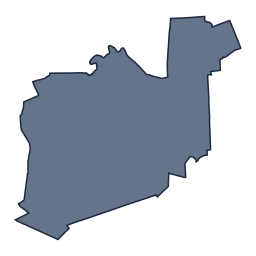 Dobrotesti, Teleorman, Romania
{"feature_id": "2599482B98180276767532", "entity_name": "Dobrotesti", "entity_type": "district", "adm_level": 2, "iso_a3": "ROU", "parent_name": "Romania", "parent_adm1": "Teleorman", "projection": "albers", "projection_center": [24.898, 44.284], "detail": "fine", "context": "isolated", "style": "filled", "palette": "slate", "viewbox_px": 256, "rotation_deg": 0, "n_neighbors": 0, "source": "geoboundaries", "source_scale": "gbopen_adm2", "svg_char_len": 5443}
<svg xmlns="http://www.w3.org/2000/svg" viewBox="0 0 256 256"><path d="M157.5,196.9L157.7,196.7L159.6,194.8L163.5,190.9L168.3,186.5L168.4,182.7L168.7,174.9L168.8,173.3L184.3,177.4L184.5,177.4L185.7,177.3L185.7,176.9L185.0,165.8L184.9,163.4L185.2,163.0L189.7,157.2L189.9,156.9L190.3,156.6L190.6,156.6L191.6,156.9L192.9,157.1L193.4,157.2L193.9,157.5L194.1,157.8L194.1,158.2L195.0,158.7L195.9,159.2L195.9,159.3L195.9,159.6L195.8,159.8L196.3,160.4L196.3,160.5L196.1,160.7L196.1,161.0L195.9,161.3L195.9,161.5L196.0,161.7L196.2,161.8L197.3,161.1L197.6,160.9L198.2,160.1L198.3,159.5L198.6,159.0L199.4,158.3L200.2,157.5L200.8,157.0L202.2,156.6L202.8,155.9L207.3,155.0L206.9,150.3L210.5,149.8L210.5,146.6L210.2,140.1L209.9,132.6L209.5,121.4L209.6,116.4L209.1,108.2L208.5,92.1L207.9,81.6L207.6,75.0L208.8,74.8L209.6,74.6L211.3,74.8L210.9,72.6L210.7,71.5L214.9,71.0L216.9,70.8L220.2,70.3L220.3,70.1L220.3,69.9L220.2,68.0L220.0,60.7L220.0,59.1L220.9,59.1L222.4,58.6L222.3,58.4L222.4,58.0L222.5,57.5L222.6,57.3L222.9,57.3L222.9,57.5L223.2,57.6L223.7,57.4L224.7,57.3L226.4,56.6L226.7,56.3L227.2,55.9L229.0,54.4L232.2,52.2L234.0,50.8L234.3,50.5L238.0,49.2L238.7,49.0L240.6,48.4L240.6,48.1L240.6,47.7L237.4,39.4L237.0,38.6L232.9,28.3L230.6,22.7L229.7,20.5L220.3,23.9L214.2,26.3L212.6,27.0L212.4,27.2L212.1,26.8L211.8,25.9L211.9,25.6L212.1,25.4L211.9,25.2L211.9,24.8L211.7,24.7L211.6,24.3L211.3,23.8L211.2,23.6L210.9,23.3L210.3,23.1L210.0,22.8L209.4,22.3L209.1,22.2L208.7,22.1L208.4,22.0L207.6,22.1L206.8,22.1L206.5,22.0L206.2,21.5L206.2,21.4L205.2,21.3L204.9,21.3L204.8,20.1L204.6,16.5L204.0,16.5L195.7,17.1L191.2,17.5L190.9,17.5L184.1,17.9L183.8,18.0L177.1,18.2L170.5,18.5L170.5,21.8L170.2,23.5L170.0,26.7L169.6,30.0L169.3,32.9L169.1,34.3L168.9,39.1L168.8,40.5L168.8,41.5L168.6,42.8L168.4,46.4L167.6,57.5L167.3,63.3L167.3,65.1L167.4,68.6L167.4,72.0L167.6,75.0L167.7,77.1L167.0,77.3L162.2,78.4L161.7,78.4L160.4,78.1L155.2,76.8L150.1,75.3L150.1,75.1L149.6,74.9L149.4,74.9L149.4,75.0L147.7,74.5L146.9,74.4L146.2,74.3L145.8,73.9L145.6,73.5L144.7,72.4L141.2,68.8L139.9,67.3L135.4,62.7L134.7,62.1L134.1,61.7L132.0,59.8L131.4,59.4L130.5,58.5L129.6,57.8L128.7,56.8L128.0,56.2L127.5,55.8L126.9,54.7L124.6,49.9L123.6,48.2L123.2,48.0L122.5,48.0L122.3,48.0L121.7,48.3L121.3,48.7L121.0,49.3L120.6,50.1L120.1,50.7L119.3,51.3L118.2,51.7L117.4,51.7L117.0,51.5L116.5,51.1L116.3,50.8L116.3,50.3L116.3,50.1L116.0,49.5L115.8,49.4L115.5,49.4L114.7,48.5L114.4,48.2L114.4,47.8L114.2,47.6L113.8,47.4L112.5,46.8L111.9,46.4L111.4,46.1L110.3,45.7L109.7,45.6L109.3,45.6L108.7,46.2L108.6,46.5L108.4,46.8L108.4,47.1L108.5,47.6L108.6,48.0L108.8,48.5L108.8,49.4L108.9,49.6L108.9,50.0L109.5,51.4L109.6,52.1L109.6,52.3L109.6,52.7L109.3,53.2L109.0,53.5L108.1,53.9L107.8,54.1L106.7,54.9L105.7,55.8L105.5,56.2L104.6,57.1L104.4,57.3L103.8,57.5L103.5,57.6L103.2,57.6L102.5,57.2L102.3,57.0L100.9,56.1L100.8,55.9L99.9,55.6L99.5,55.6L99.2,55.6L98.5,55.3L98.2,55.3L97.8,55.1L97.2,55.1L97.0,55.4L96.5,55.2L94.9,56.0L94.3,56.3L94.1,56.6L93.7,56.8L93.3,57.2L92.9,57.4L92.3,58.3L92.2,58.6L91.3,59.4L91.0,59.7L90.9,59.8L90.8,60.3L89.9,61.2L89.9,61.6L89.8,62.2L89.8,62.6L90.2,62.7L90.3,62.8L90.2,63.0L89.9,63.2L90.3,63.8L90.5,64.1L90.9,64.3L91.3,64.4L92.5,64.2L93.6,63.5L94.4,63.4L94.8,63.3L95.1,62.8L95.5,62.8L95.8,63.1L96.2,63.2L96.1,63.4L96.2,64.0L96.3,64.2L96.4,64.3L96.5,65.0L97.1,65.4L97.1,65.9L97.2,66.1L96.7,66.4L96.7,66.5L96.7,66.8L97.0,67.4L97.1,67.7L96.9,68.6L96.9,69.0L96.8,69.3L96.5,69.5L95.1,70.6L94.3,71.3L94.2,71.5L94.1,71.8L93.9,71.9L93.9,72.3L93.8,72.6L93.1,73.0L92.8,73.0L92.7,73.1L92.7,73.3L92.9,73.5L92.3,73.9L91.9,73.9L91.5,74.4L91.1,74.6L90.8,74.9L90.8,75.1L90.7,75.1L90.1,75.1L89.5,74.9L89.0,75.3L88.7,75.3L88.5,75.1L88.2,74.8L88.0,74.4L88.0,74.2L87.9,74.1L87.1,74.1L86.9,74.0L86.8,73.6L86.7,73.1L86.5,72.9L85.5,73.0L83.8,73.1L83.3,73.0L82.9,72.8L81.1,72.8L74.5,72.9L73.8,73.0L67.3,73.0L66.5,73.1L55.5,73.1L49.7,73.2L49.8,74.0L49.8,74.5L49.6,74.9L49.2,75.4L47.1,76.7L46.0,77.2L45.5,77.9L45.2,78.2L44.6,78.4L39.6,79.9L37.9,80.1L35.0,81.0L33.5,81.5L32.7,81.7L35.3,88.1L37.1,91.7L38.4,94.3L38.6,94.8L38.7,95.2L38.6,95.5L23.8,101.9L23.6,105.7L23.3,107.6L23.1,108.8L22.9,109.8L22.1,111.7L22.1,112.1L22.0,113.5L21.9,113.8L20.6,115.4L20.3,115.8L20.1,116.5L20.1,117.0L20.4,118.2L20.4,121.5L20.7,122.9L20.8,124.4L20.9,125.8L20.8,126.7L21.0,127.1L21.4,129.9L21.6,130.3L29.3,143.0L29.5,143.6L30.0,147.2L30.2,148.5L30.2,148.9L30.2,149.3L29.9,151.0L28.7,157.3L28.2,160.6L28.0,161.6L28.0,163.9L28.0,165.9L28.0,168.9L28.1,173.5L27.5,173.6L27.0,178.2L25.4,189.7L24.2,199.2L24.0,200.0L22.8,200.9L21.2,202.2L19.5,203.3L18.5,203.7L18.9,204.4L19.5,205.6L19.8,206.0L20.2,206.5L21.4,207.4L22.4,208.1L23.8,209.1L24.9,209.8L25.3,210.1L26.6,211.6L26.9,211.7L27.1,211.6L27.3,211.7L27.9,212.3L28.3,212.7L28.6,213.0L25.7,214.7L15.4,219.8L16.1,220.3L17.0,221.0L21.0,222.7L23.2,223.8L24.6,224.3L28.6,226.2L29.2,226.4L30.0,226.9L31.4,227.4L36.0,229.5L37.4,230.1L46.8,234.4L48.0,235.0L51.6,236.5L55.6,238.4L58.0,239.5L58.8,238.6L61.5,235.9L65.7,231.7L67.5,230.0L69.1,228.4L66.8,225.5L68.9,224.6L69.8,224.3L74.5,222.5L77.7,221.4L81.1,220.4L83.4,219.6L84.1,219.3L86.0,218.8L87.6,218.2L87.6,218.3L93.8,216.1L96.0,215.3L99.5,214.1L105.7,212.0L107.1,211.4L108.8,211.0L112.4,209.7L115.2,208.8L120.3,206.9L121.0,206.7L127.9,204.3L133.2,202.6L136.0,201.6L137.2,201.3L140.9,200.0L149.8,197.1L152.5,196.1L156.2,194.9L156.3,195.3L156.4,195.9L156.6,196.1L157.5,196.9Z" fill="#64748b" stroke="#1e293b" stroke-width="1.5"/></svg>